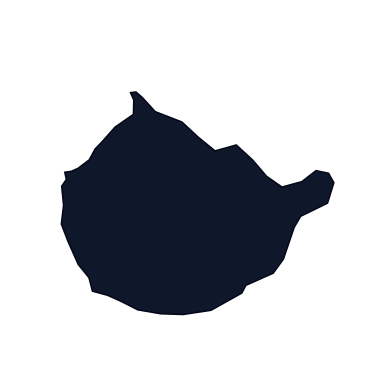 map outline of Zajas (Robinson projection), rotated 156°
{"feature_id": "MKD-2950", "entity_name": "Zajas", "entity_type": "Statistical Region", "adm_level": 1, "iso_a3": "MKD", "parent_name": "North Macedonia", "parent_adm1": "", "projection": "robinson", "projection_center": [20.899, 41.593], "detail": "fine", "context": "isolated", "style": "filled", "palette": "ink", "viewbox_px": 384, "rotation_deg": 156, "n_neighbors": 0, "source": "natural_earth", "source_scale": "10m", "svg_char_len": 744}
<svg xmlns="http://www.w3.org/2000/svg" viewBox="0 0 384 384"><g transform="rotate(156 192 192)"><path d="M323.3,141.9L321.0,155.7L325.4,171.9L325.4,197.7L324.4,215.9L314.8,232.0L308.7,250.3L301.7,254.6L300.2,261.8L293.8,260.0L286.7,260.0L272.8,263.2L263.1,270.7L252.6,275.0L235.9,282.6L213.9,286.8L207.8,299.8L207.8,307.8L202.5,306.2L199.0,298.7L192.9,280.4L172.7,260.0L164.0,239.6L154.2,220.2L132.4,217.0L123.6,196.6L117.5,176.1L107.8,160.0L93.1,157.7L87.6,156.8L70.0,161.1L59.6,153.6L58.6,142.8L72.7,126.7L102.6,125.6L113.0,118.1L135.9,93.4L150.8,84.8L163.0,84.8L180.7,84.8L187.6,79.4L208.3,77.5L222.7,76.2L250.0,83.7L270.0,93.4L289.4,106.3L301.6,121.3L311.3,132.1L323.3,141.9Z" fill="#0f172a" stroke="#020617" stroke-width="1.5"/></g></svg>